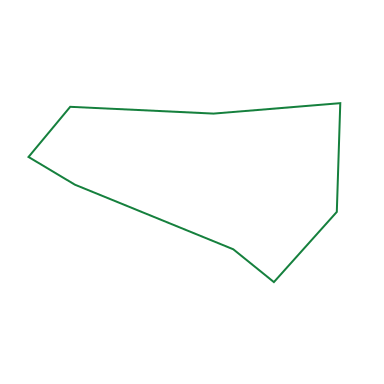 the district of Winchester, Virginia, United States of America, rotated 83°
{"feature_id": "52423323B17737032882044", "entity_name": "Winchester", "entity_type": "district", "adm_level": 2, "iso_a3": "USA", "parent_name": "United States of America", "parent_adm1": "Virginia", "projection": "albers", "projection_center": [-78.173, 39.168], "detail": "fine", "context": "isolated", "style": "outline", "palette": "green", "viewbox_px": 384, "rotation_deg": 83, "n_neighbors": 0, "source": "geoboundaries", "source_scale": "gbopen_adm2", "svg_char_len": 270}
<svg xmlns="http://www.w3.org/2000/svg" viewBox="0 0 384 384"><g transform="rotate(83 192 192)"><path d="M116.8,161.1L92.6,302.5L137.3,350.0L170.5,307.3L253.9,158.0L291.4,121.7L229.4,50.7L121.9,34.0L116.8,161.1Z" fill="none" stroke="#15803d" stroke-width="2"/></g></svg>